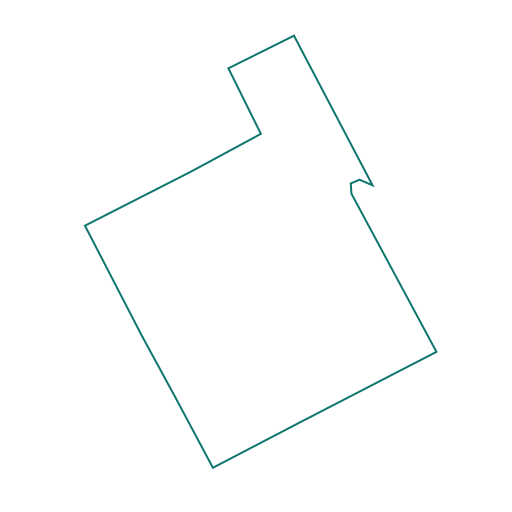 outline of Pickaway, Ohio, United States of America, rotated 239°
{"feature_id": "52423323B28425501128806", "entity_name": "Pickaway", "entity_type": "district", "adm_level": 2, "iso_a3": "USA", "parent_name": "United States of America", "parent_adm1": "Ohio", "projection": "albers", "projection_center": [-82.977, 39.64], "detail": "fine", "context": "isolated", "style": "outline", "palette": "teal", "viewbox_px": 512, "rotation_deg": 239, "n_neighbors": 0, "source": "geoboundaries", "source_scale": "gbopen_adm2", "svg_char_len": 343}
<svg xmlns="http://www.w3.org/2000/svg" viewBox="0 0 512 512"><g transform="rotate(239 256 256)"><path d="M370.1,125.0L247.0,117.1L177.1,114.1L96.7,110.0L90.7,209.3L80.9,361.3L260.3,369.9L269.4,374.6L268.1,384.0L256.6,392.3L425.3,402.0L431.1,329.0L358.2,323.1L361.8,244.1L370.1,125.0Z" fill="none" stroke="#0f766e" stroke-width="2"/></g></svg>